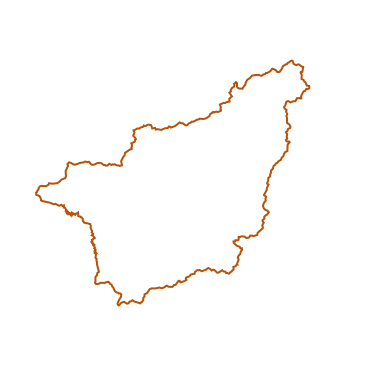 the district of Ngao, Lampang, Thailand, rotated 70°
{"feature_id": "78962969B20841547873304", "entity_name": "Ngao", "entity_type": "district", "adm_level": 2, "iso_a3": "THA", "parent_name": "Thailand", "parent_adm1": "Lampang", "projection": "orthographic", "projection_center": [99.933, 18.773], "detail": "fine", "context": "isolated", "style": "outline", "palette": "amber", "viewbox_px": 384, "rotation_deg": 70, "n_neighbors": 0, "source": "geoboundaries", "source_scale": "gbopen_adm2", "svg_char_len": 6068}
<svg xmlns="http://www.w3.org/2000/svg" viewBox="0 0 384 384"><g transform="rotate(70 192 192)"><path d="M131.5,277.4L128.4,278.4L128.0,280.2L126.8,282.1L127.1,283.7L126.4,287.0L126.4,292.4L125.4,294.2L123.8,295.3L122.1,297.3L123.2,299.6L125.0,299.5L129.1,303.6L134.3,305.1L135.6,306.4L135.7,310.4L137.1,313.3L137.6,315.9L136.5,320.1L134.9,323.4L136.1,324.4L136.6,327.2L134.7,331.4L134.7,333.0L135.8,334.7L136.9,335.2L138.0,337.0L139.0,337.7L139.2,338.6L141.3,339.3L143.7,336.7L145.8,336.3L148.3,336.7L149.0,336.2L153.9,328.5L156.2,326.4L156.5,324.2L159.2,321.9L159.6,321.1L159.4,319.0L160.9,318.4L160.8,317.0L162.7,317.7L162.8,317.1L163.4,316.7L165.5,316.5L166.4,317.0L166.7,316.0L167.9,316.7L168.0,315.5L169.5,315.2L169.5,315.6L168.5,316.3L169.4,316.8L169.7,315.9L170.7,315.9L170.9,314.8L170.2,314.6L171.8,314.0L170.4,313.7L171.2,312.9L170.6,312.3L172.1,312.2L171.3,311.4L172.2,311.1L172.1,310.3L172.6,309.7L173.2,309.9L173.5,309.6L172.6,308.8L173.1,306.9L172.5,306.7L172.3,306.1L175.8,307.1L177.1,305.1L177.6,305.2L178.1,304.4L179.7,303.8L181.7,304.5L182.3,304.0L183.5,304.1L185.0,302.6L185.3,301.4L187.4,298.6L189.5,298.7L190.7,299.5L193.3,299.5L194.3,299.1L195.6,300.1L197.6,299.2L198.4,300.9L199.0,300.1L202.0,299.1L202.7,302.3L203.7,302.2L204.5,303.5L205.2,302.8L205.9,303.2L206.2,302.8L207.0,303.0L207.0,302.5L208.4,301.7L208.9,302.2L208.8,302.8L210.8,302.2L211.5,303.1L212.1,302.8L213.0,303.0L213.1,302.4L213.8,302.6L214.2,303.4L215.9,303.0L215.0,304.0L216.3,304.4L216.7,303.5L217.5,303.4L220.9,305.2L222.4,304.5L223.7,305.3L225.0,305.2L227.3,306.0L235.2,306.8L235.8,308.7L237.8,309.9L238.7,311.7L243.4,313.5L244.1,314.2L245.6,313.7L246.3,311.6L246.4,310.5L246.0,308.9L247.6,305.3L247.4,303.9L247.7,301.4L249.0,300.6L250.3,300.4L251.5,299.3L253.5,299.3L254.5,298.7L258.7,298.4L260.1,297.6L261.4,295.9L262.3,295.5L262.5,294.5L264.0,293.4L266.6,294.9L268.5,297.5L271.3,300.1L272.2,300.3L273.4,299.9L273.5,299.2L272.2,296.9L271.7,294.6L272.2,293.3L274.7,291.2L274.8,289.7L273.8,288.4L273.8,286.7L273.4,284.9L275.3,283.6L279.0,278.5L278.3,277.8L278.2,276.5L276.8,274.7L274.8,274.0L274.0,272.3L272.0,271.7L271.6,268.7L268.8,265.0L268.8,262.8L270.2,259.1L270.6,255.3L272.1,253.5L272.1,250.1L271.4,249.0L271.4,247.7L273.0,246.4L274.4,243.2L274.2,242.0L273.3,241.0L273.6,239.1L270.9,235.1L271.2,234.0L272.7,233.9L273.1,233.5L273.1,230.1L272.7,227.3L270.9,227.3L270.4,226.7L270.3,223.2L269.1,221.3L269.7,217.5L268.3,216.8L267.2,213.8L267.8,212.8L267.8,211.5L269.8,210.0L269.8,205.2L269.1,203.7L269.1,202.6L270.5,201.3L272.5,200.4L272.2,198.7L273.0,197.6L276.5,195.9L276.8,194.8L275.9,190.3L277.4,189.5L278.2,187.9L279.9,187.6L280.2,186.5L281.3,185.4L281.4,184.8L280.5,183.4L280.3,182.0L279.5,181.0L279.2,179.5L276.5,178.7L276.7,176.6L275.4,174.6L275.7,174.1L274.4,173.9L271.7,171.4L269.2,171.3L267.8,170.1L266.9,168.1L264.7,166.5L263.4,164.7L261.9,164.4L261.7,165.7L259.8,166.0L257.6,168.5L254.1,170.2L252.7,169.9L253.1,168.4L252.2,167.8L253.0,165.5L252.7,164.5L250.2,163.5L250.7,162.5L250.6,160.7L251.9,157.8L253.6,156.8L254.0,156.0L254.2,153.8L252.9,152.3L253.8,150.0L254.4,149.5L254.7,145.4L252.8,144.3L250.3,138.0L249.6,137.5L247.4,137.4L245.4,135.1L243.7,135.6L242.7,135.4L241.7,133.0L240.0,132.6L239.2,130.9L238.9,129.1L237.2,126.7L235.0,127.7L234.2,129.0L231.9,130.1L229.2,130.0L226.8,128.1L225.4,125.7L223.5,125.3L221.9,124.0L219.4,125.4L215.9,121.3L213.9,120.3L211.2,117.6L210.1,118.4L209.4,118.4L207.6,116.7L204.9,115.5L204.1,113.3L202.0,112.4L201.0,111.3L199.1,110.6L197.8,108.1L195.5,106.4L194.7,104.4L193.9,103.5L193.7,101.7L192.6,100.1L192.3,97.7L190.5,96.0L189.5,93.8L187.8,92.6L186.3,90.7L186.2,88.4L180.1,85.9L178.7,83.3L177.9,83.3L177.0,85.5L175.9,86.0L174.9,85.6L174.4,84.3L172.3,84.0L170.0,82.7L167.9,83.3L167.1,81.3L165.6,80.2L165.4,77.7L164.1,77.1L161.9,77.4L159.5,79.1L155.3,77.5L152.7,77.2L151.5,75.9L148.6,76.1L147.3,75.1L145.0,76.5L143.7,76.4L142.0,74.2L140.0,73.1L139.3,71.5L139.5,70.5L141.6,68.6L141.3,66.1L142.1,63.9L139.7,61.1L140.5,59.6L140.5,58.6L141.2,58.2L141.4,57.5L141.2,57.0L139.5,56.8L138.4,55.9L135.6,52.8L135.6,51.0L134.3,49.5L134.9,47.2L134.5,46.2L132.4,45.6L131.3,47.7L127.9,47.8L126.6,48.7L125.0,48.8L123.2,50.4L119.4,48.8L116.8,49.1L116.4,48.7L116.8,47.2L112.5,44.7L111.6,46.0L108.8,47.8L108.3,49.1L108.5,50.6L106.8,52.4L106.2,52.7L103.1,52.6L102.6,53.4L102.7,54.9L103.4,56.6L103.4,57.9L104.4,59.2L104.2,60.3L104.8,63.3L107.8,66.4L108.0,67.3L108.9,68.0L109.1,68.7L108.6,70.6L107.7,71.3L106.6,71.2L103.7,74.0L103.7,74.8L105.2,76.8L105.9,80.6L105.5,81.9L106.2,83.0L105.9,84.6L106.6,86.8L106.1,87.9L104.6,89.3L104.6,90.6L103.9,91.4L104.0,92.6L103.6,93.3L103.2,96.0L104.6,98.2L105.5,101.8L107.9,104.4L109.5,105.2L110.5,107.2L112.2,109.3L110.6,112.7L109.5,113.4L108.4,113.7L105.2,112.5L104.0,112.9L103.8,113.6L104.7,114.4L104.8,115.5L106.4,115.7L107.5,116.6L108.0,118.9L109.3,120.7L110.9,121.1L111.4,122.9L115.8,121.8L117.2,125.1L119.8,125.7L119.4,129.3L119.7,130.8L119.1,131.5L119.3,135.8L122.1,135.9L123.6,136.8L125.1,136.7L125.6,137.1L125.7,140.3L124.7,141.9L124.8,143.6L124.0,144.6L124.6,144.9L124.3,146.0L124.7,146.6L124.9,148.1L126.6,149.6L127.6,153.2L127.4,156.0L125.7,159.8L126.1,160.7L125.8,162.4L126.4,166.8L125.8,168.2L126.4,169.5L126.4,171.3L127.5,173.4L127.6,174.3L126.9,175.4L124.3,177.1L123.7,178.6L122.3,179.8L124.1,184.8L124.3,186.7L124.2,189.9L123.1,190.3L122.5,191.2L123.6,192.9L122.9,195.6L123.1,199.7L121.1,203.1L120.9,204.7L119.2,204.8L118.7,207.6L115.2,207.6L113.8,209.7L113.7,211.3L114.1,212.7L113.9,213.9L113.1,214.6L114.0,215.7L113.8,218.5L114.4,219.7L113.6,221.9L114.2,224.6L114.0,225.8L116.6,225.8L119.0,228.0L121.5,226.9L123.1,226.6L123.4,227.6L124.6,228.0L125.2,228.9L125.5,232.4L127.0,232.3L128.6,232.8L129.2,233.6L130.9,233.8L131.1,234.8L130.8,235.9L132.4,241.5L134.5,242.9L136.2,245.4L138.9,248.1L142.5,248.5L143.0,248.8L142.7,251.1L141.8,252.1L141.5,253.2L139.5,255.2L139.4,256.6L138.8,257.2L139.0,258.5L137.2,260.1L138.2,262.5L137.8,264.0L136.8,264.6L136.3,265.9L134.2,267.1L133.1,268.5L132.5,271.0L132.8,274.7L132.4,276.4L131.5,277.4Z" fill="none" stroke="#b45309" stroke-width="2"/></g></svg>